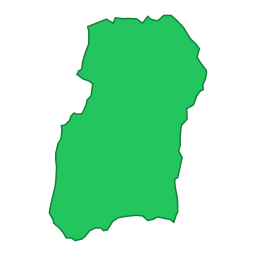 outline of Timi, Paphos, Cyprus
{"feature_id": "46923920B82812647647979", "entity_name": "Timi", "entity_type": "district", "adm_level": 2, "iso_a3": "CYP", "parent_name": "Cyprus", "parent_adm1": "Paphos", "projection": "natural_earth1", "projection_center": [32.506, 34.725], "detail": "fine", "context": "isolated", "style": "filled", "palette": "green", "viewbox_px": 256, "rotation_deg": 0, "n_neighbors": 0, "source": "geoboundaries", "source_scale": "gbopen_adm2", "svg_char_len": 1349}
<svg xmlns="http://www.w3.org/2000/svg" viewBox="0 0 256 256"><path d="M49.4,213.1L50.9,215.8L53.3,220.2L53.7,223.1L59.2,227.8L63.4,232.8L66.1,237.8L71.7,238.0L75.0,240.6L81.9,239.0L84.9,236.6L89.9,230.5L95.5,228.0L100.9,228.0L103.5,230.6L107.3,230.0L110.0,225.8L112.6,221.4L118.3,217.7L125.5,216.5L131.8,215.7L136.7,215.3L142.7,215.9L147.7,220.5L153.3,219.3L157.3,216.9L170.2,219.5L173.8,222.3L175.9,215.8L177.7,211.7L177.6,202.7L177.0,196.0L175.7,189.8L174.8,183.3L174.7,179.1L177.7,177.6L182.1,157.7L178.7,150.8L180.3,145.0L180.2,138.6L180.7,130.3L181.6,125.0L183.4,123.2L187.1,119.2L186.7,108.6L193.4,104.9L196.8,95.9L199.7,91.6L203.2,89.6L202.8,84.7L205.3,79.2L206.6,72.5L206.3,70.5L199.6,61.4L197.1,57.1L199.4,48.7L196.0,44.2L190.5,38.9L184.5,29.2L183.3,27.2L176.1,19.8L171.1,15.4L163.7,15.4L157.6,21.0L150.7,19.2L147.8,16.4L142.4,23.2L136.9,19.0L127.9,18.4L122.8,18.7L115.3,17.8L113.2,23.2L106.4,19.2L87.7,26.6L88.9,31.6L88.7,44.1L85.5,52.2L82.6,62.0L82.0,68.0L81.0,69.8L78.5,71.0L77.0,74.5L83.3,79.0L89.2,81.1L92.8,83.8L92.1,88.7L91.1,95.8L87.2,99.9L86.1,104.8L83.4,111.1L81.8,113.7L78.2,114.3L73.8,113.1L71.3,115.8L69.3,120.8L65.1,125.0L61.4,125.6L61.9,129.9L61.1,138.9L58.1,143.5L55.8,153.0L55.7,160.0L56.6,166.5L56.2,173.9L56.0,178.8L55.1,186.8L51.1,203.1L49.8,209.8L49.4,213.1Z" fill="#22c55e" stroke="#15803d" stroke-width="1.5"/></svg>